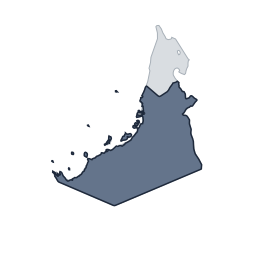 Abu Dhabi highlighted on a map of United Arab Emirates, rotated 329°
{"feature_id": "ARE-349", "entity_name": "Abu Dhabi", "entity_type": "Emirate", "adm_level": 1, "iso_a3": "ARE", "parent_name": "United Arab Emirates", "parent_adm1": "", "projection": "robinson", "projection_center": [53.623, 23.935], "detail": "fine", "context": "in_parent", "style": "filled", "palette": "slate", "viewbox_px": 256, "rotation_deg": 329, "n_neighbors": 0, "source": "natural_earth", "source_scale": "10m", "svg_char_len": 8122}
<svg xmlns="http://www.w3.org/2000/svg" viewBox="0 0 256 256"><g transform="rotate(329 128 128)"><path d="M212.2,72.8L214.6,76.2L215.1,99.5L215.6,101.2L214.4,101.4L212.9,103.2L211.3,105.9L209.0,107.3L207.2,108.9L205.4,110.9L203.9,111.3L201.9,108.8L200.5,106.3L200.8,105.7L201.8,105.5L202.1,104.2L201.5,102.3L200.2,101.5L198.5,101.5L196.8,102.3L195.1,104.0L194.1,105.9L194.0,109.5L194.5,113.7L194.4,115.7L193.5,118.2L193.2,121.8L193.9,124.7L194.5,126.4L194.6,127.8L192.9,132.3L194.4,133.2L199.1,133.5L200.4,136.5L201.4,138.6L201.1,139.9L197.8,140.8L193.6,141.8L190.6,141.5L185.2,142.9L182.3,145.1L183.2,146.4L184.2,147.4L184.7,150.2L183.8,154.2L182.3,158.1L180.4,162.9L178.2,168.5L175.2,176.8L172.7,183.4L172.4,188.1L172.5,191.2L172.2,197.4L169.8,200.7L169.2,200.8L166.3,200.4L165.3,200.3L162.6,199.9L158.3,199.3L152.7,198.5L146.1,197.6L138.8,196.5L130.9,195.4L122.8,194.3L114.7,193.1L106.8,192.0L99.4,191.0L92.8,190.0L87.3,189.3L83.0,188.7L80.2,188.3L79.3,188.1L76.2,187.7L74.5,185.4L72.5,182.6L70.5,179.9L68.5,177.1L66.5,174.3L64.5,171.6L62.5,168.8L60.5,166.0L58.5,163.2L56.5,160.5L54.5,157.7L52.5,154.9L50.5,152.2L48.5,149.4L46.6,146.6L44.6,143.9L42.6,141.1L41.2,139.2L40.5,137.1L40.4,131.7L40.4,130.5L41.7,128.3L42.4,129.8L43.9,132.0L46.4,131.5L47.6,131.8L48.5,139.4L50.3,142.1L52.6,143.2L60.4,143.8L65.2,142.8L74.7,137.8L79.7,136.0L93.4,136.3L104.5,138.4L121.7,139.6L125.0,139.3L134.2,135.3L139.9,131.8L143.3,130.8L145.5,127.4L147.0,123.0L148.3,120.1L150.0,118.7L151.5,116.3L152.8,112.3L156.0,108.3L168.7,98.5L176.2,90.3L176.8,87.6L180.9,83.6L184.1,79.2L199.2,66.7L202.2,61.6L204.0,55.8L204.2,55.4L205.5,55.1L207.3,56.0L207.6,60.3L206.9,64.4L206.9,68.7L206.6,71.1L208.0,73.0L210.4,73.8L211.5,73.7L212.2,72.8ZM211.7,90.3L211.9,88.5L211.5,87.6L210.0,87.4L209.3,89.0L209.1,91.3L210.2,91.5L211.7,90.3ZM126.2,135.1L126.2,136.5L122.5,136.1L121.6,136.8L118.5,136.4L115.6,135.4L117.6,133.7L122.8,131.6L125.0,133.5L126.2,135.1ZM104.6,131.6L101.9,131.9L99.4,130.3L104.6,128.1L106.0,127.2L107.5,125.2L108.7,126.9L107.4,129.5L106.4,130.7L104.6,131.6ZM145.8,123.8L145.5,124.7L144.4,124.6L141.9,123.8L141.0,122.7L142.6,121.2L143.3,121.2L144.4,122.7L145.8,123.8ZM78.5,130.4L77.9,130.7L77.3,128.4L77.3,127.7L79.0,126.6L80.0,128.5L78.5,130.4Z" fill="#d9dde1" stroke="#a8b0b8" stroke-width="1"/><path d="M194.3,113.3L194.8,114.5L195.0,115.4L194.0,116.4L193.7,117.8L193.2,118.4L192.9,119.0L192.9,119.8L193.4,121.6L193.3,123.9L193.4,124.6L193.6,124.9L194.4,125.4L194.7,125.8L194.7,126.1L194.6,128.2L194.4,128.8L193.0,131.4L192.7,132.2L192.8,132.8L193.2,133.1L195.5,133.6L196.1,133.6L198.1,132.7L199.2,133.2L199.8,134.8L200.2,136.5L201.6,139.1L201.2,139.8L198.9,140.4L194.7,142.3L194.0,142.2L193.0,141.4L192.4,141.5L191.8,141.7L191.2,141.8L190.0,141.5L188.8,141.5L187.8,141.7L186.8,142.1L185.0,143.2L183.5,143.8L181.9,144.1L181.8,144.7L182.1,145.5L182.7,146.1L184.0,146.9L184.6,147.9L184.8,149.1L184.9,152.3L184.8,152.9L183.1,155.5L182.7,156.3L181.5,161.5L181.0,162.3L179.7,163.9L179.0,165.0L178.6,166.4L177.9,170.6L177.1,173.2L173.6,179.7L172.5,183.8L172.3,185.0L172.6,191.2L172.2,197.4L169.8,200.8L169.3,200.9L77.2,187.8L76.3,187.4L75.6,186.8L41.3,139.3L40.7,138.3L40.5,137.2L40.6,133.4L40.4,131.7L41.2,130.5L41.2,128.7L40.6,127.2L41.3,126.3L41.6,127.0L42.4,128.2L42.6,129.0L42.5,131.5L42.8,133.0L43.3,133.3L43.8,132.7L44.2,130.8L44.4,131.3L44.8,132.6L45.0,133.1L45.5,133.2L45.8,133.1L46.0,132.9L46.1,132.7L45.9,132.6L46.6,130.8L47.3,130.3L48.1,131.5L48.2,132.4L47.8,135.1L47.8,136.1L48.3,138.2L48.3,140.1L48.3,140.5L48.7,141.4L48.7,141.8L49.1,142.5L50.0,142.8L51.8,142.8L52.2,143.0L52.5,143.2L53.5,144.1L53.8,143.9L53.6,143.5L53.6,143.1L54.3,143.0L56.4,143.1L56.7,143.0L56.9,143.1L57.4,143.5L58.5,144.1L60.3,143.8L61.0,144.0L61.3,143.8L61.7,144.0L62.3,143.7L64.2,143.7L64.8,143.4L66.2,142.5L66.8,142.4L68.0,142.4L68.5,142.2L69.8,141.0L70.9,140.7L71.6,140.3L72.2,139.9L72.7,139.0L73.8,138.5L75.5,137.0L76.1,136.6L76.6,136.4L77.0,136.1L77.2,134.1L77.9,133.7L78.6,134.0L79.2,134.5L80.5,136.4L80.9,136.6L81.1,136.3L81.5,136.1L82.3,136.2L83.8,136.6L84.6,136.7L85.0,136.7L86.2,136.1L86.6,136.1L87.4,136.4L90.5,136.7L92.2,136.1L92.4,136.0L92.5,135.6L92.9,135.7L93.2,136.1L94.2,137.1L94.9,137.4L96.4,136.7L97.1,137.0L97.8,137.4L98.4,137.3L97.9,137.0L97.8,136.6L97.7,135.6L98.5,135.4L99.4,135.8L100.3,136.6L100.9,137.3L101.4,138.2L101.7,138.4L103.7,138.5L108.4,137.5L108.7,137.5L109.0,137.7L109.5,138.3L109.9,138.6L110.4,138.7L111.0,138.7L111.4,138.5L112.0,139.0L112.8,139.3L113.4,140.3L113.6,140.5L113.9,140.6L114.7,140.5L115.4,140.2L116.4,140.5L118.0,139.6L119.1,139.9L123.5,139.9L124.5,139.8L124.9,139.5L127.1,138.2L129.4,137.8L130.1,137.4L130.9,137.2L131.8,136.7L133.3,136.4L134.5,135.6L135.1,134.9L135.3,134.3L135.7,134.0L138.1,133.2L140.0,131.7L140.3,131.6L140.6,131.1L141.3,131.2L142.8,131.8L143.1,131.3L144.4,130.2L145.1,129.2L146.5,126.1L146.3,125.1L146.4,124.6L147.0,124.3L146.5,124.0L146.5,123.7L147.1,123.7L148.0,124.2L148.5,124.3L148.3,123.7L147.7,123.0L147.5,122.5L149.2,123.2L149.5,123.7L149.8,123.7L149.6,122.6L149.0,122.2L148.0,122.2L147.0,121.9L144.9,120.4L144.0,120.2L144.0,119.9L144.5,119.8L144.9,119.5L145.3,119.0L145.5,119.7L145.8,119.9L145.7,119.5L145.8,119.1L146.3,118.5L146.5,118.5L146.8,119.6L147.5,120.8L148.4,121.5L149.3,121.4L148.5,120.8L148.9,120.8L149.7,121.0L150.0,121.1L150.5,120.3L150.6,120.2L152.0,117.3L151.4,117.0L151.1,116.6L151.3,116.3L151.9,116.2L152.2,115.9L152.4,115.3L152.6,114.7L153.2,114.4L153.2,114.1L152.9,113.9L152.5,112.4L152.7,112.1L152.1,111.6L152.2,110.9L152.6,110.5L154.0,109.5L154.3,108.8L154.6,108.6L155.7,109.2L156.3,109.1L156.8,108.7L157.0,108.1L156.5,107.5L160.4,105.0L162.2,103.6L163.3,102.6L164.0,102.0L165.4,101.6L165.7,102.0L170.2,115.6L170.6,116.5L171.1,117.1L171.8,117.3L172.5,117.4L180.2,117.1L181.2,116.8L182.3,116.4L184.8,114.9L188.8,113.2L189.6,112.6L192.4,113.4L193.9,113.4L194.3,113.3ZM117.4,135.9L115.7,135.8L115.3,135.6L115.3,135.3L115.9,134.7L116.3,134.4L117.6,133.8L118.3,133.2L118.8,132.8L119.4,132.6L119.7,132.7L120.5,133.0L120.8,132.8L121.6,132.1L123.0,131.4L123.3,130.9L123.5,131.5L123.3,131.8L123.9,132.6L124.9,133.4L126.2,133.6L127.2,134.1L127.6,135.3L127.1,136.2L126.0,136.7L124.7,136.6L123.6,136.1L123.7,135.7L123.4,135.2L122.9,135.1L122.6,135.9L122.8,136.1L121.9,136.8L120.7,137.1L119.5,136.9L117.4,135.9ZM104.2,131.5L103.7,130.8L103.2,130.7L102.5,130.4L102.2,131.0L100.3,130.7L99.3,130.9L99.2,130.7L99.2,130.4L99.4,129.9L99.5,129.8L100.9,130.1L101.3,130.0L102.2,129.5L102.6,129.2L104.5,128.4L104.8,128.4L105.1,129.0L105.5,129.2L105.8,129.1L105.9,128.6L105.9,128.2L105.6,127.7L107.0,125.6L107.6,125.1L107.9,126.0L108.7,126.5L108.5,128.1L108.0,128.7L106.6,129.4L105.9,129.8L105.1,130.0L104.5,130.4L104.5,130.8L104.2,131.5ZM76.4,128.8L77.5,127.3L78.3,126.8L79.2,127.1L79.6,127.7L79.8,128.8L79.7,129.5L78.9,130.6L77.6,131.9L77.2,131.3L76.3,129.6L76.4,128.8ZM144.5,124.6L141.0,123.4L141.0,122.7L142.5,121.3L143.0,120.5L143.3,120.5L143.0,121.4L143.3,122.1L143.9,122.7L145.3,123.4L145.9,124.1L146.0,124.6L145.5,124.8L144.5,124.6ZM135.8,133.0L135.4,132.2L134.7,131.8L133.7,131.6L133.0,131.1L132.6,130.0L133.1,129.1L133.8,128.7L134.3,129.2L135.7,130.8L136.1,131.9L135.8,133.0ZM138.6,130.1L138.2,130.4L137.6,130.7L137.2,130.7L136.9,130.5L136.3,129.8L135.5,129.2L135.4,129.0L135.6,128.3L135.8,127.9L136.3,127.6L136.8,127.4L137.3,127.4L138.0,128.8L138.8,129.8L138.6,130.1ZM67.4,119.8L68.2,120.4L68.4,121.4L68.0,122.2L67.5,122.5L67.0,122.2L66.4,121.6L66.4,121.0L67.0,120.0L67.4,119.8ZM140.7,126.8L141.1,127.2L141.1,127.8L140.7,129.0L140.1,129.3L139.1,127.5L139.0,127.2L139.3,127.1L139.7,127.2L140.2,127.5L140.2,127.4L140.1,127.1L139.6,126.7L139.5,126.3L140.0,126.3L140.7,126.8ZM136.5,89.7L137.2,90.0L137.5,91.5L137.1,91.2L136.6,91.2L136.0,90.5L136.5,89.7ZM56.3,131.9L56.7,131.7L57.0,132.2L56.9,132.5L57.0,132.6L56.7,133.2L56.4,133.7L55.9,133.3L56.0,133.0L56.0,132.5L56.3,131.9ZM94.7,104.8L95.4,104.9L95.5,105.6L95.4,106.5L95.1,106.2L94.8,105.6L94.6,105.1L94.7,104.8ZM46.1,116.9L46.5,117.2L46.6,117.6L46.3,118.7L46.1,118.5L46.1,117.9L46.2,117.7L46.0,117.4L45.9,117.5L45.7,117.5L45.6,117.1L45.9,116.9L46.1,116.9Z" fill="#64748b" stroke="#1e293b" stroke-width="1.5"/></g></svg>